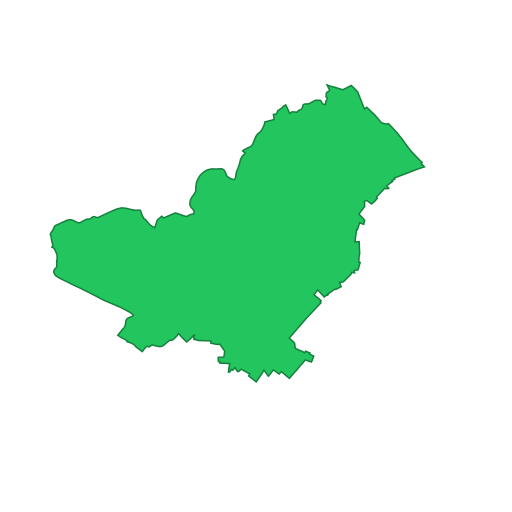 An Thi, Hưng Yên, Vietnam (orthographic projection), rotated 245°
{"feature_id": "81297802B29202402001629", "entity_name": "An Thi", "entity_type": "district", "adm_level": 2, "iso_a3": "VNM", "parent_name": "Vietnam", "parent_adm1": "Hưng Yên", "projection": "orthographic", "projection_center": [106.109, 20.813], "detail": "fine", "context": "isolated", "style": "filled", "palette": "green", "viewbox_px": 512, "rotation_deg": 245, "n_neighbors": 0, "source": "geoboundaries", "source_scale": "gbopen_adm2", "svg_char_len": 6119}
<svg xmlns="http://www.w3.org/2000/svg" viewBox="0 0 512 512"><g transform="rotate(245 256 256)"><path d="M350.2,74.7L349.5,75.4L348.9,75.9L347.8,76.3L342.0,76.3L340.8,76.0L338.0,74.8L335.7,73.3L331.1,71.2L330.3,70.6L329.8,69.9L329.5,69.1L329.2,68.1L328.7,67.2L327.9,66.4L326.9,65.9L325.9,65.7L324.9,65.8L324.0,65.9L322.7,66.2L321.6,66.8L320.2,67.7L318.7,68.8L314.9,71.8L312.5,73.8L307.3,77.9L301.7,82.6L293.2,89.4L285.7,95.2L282.3,97.7L281.0,98.8L279.6,99.9L272.0,106.8L269.8,108.7L266.6,111.6L258.4,117.8L256.9,118.7L254.4,119.8L253.7,118.8L253.6,117.1L253.9,114.4L253.6,112.6L252.8,111.4L252.0,110.6L248.3,108.1L247.0,106.5L246.5,105.7L246.4,105.0L242.6,97.2L238.4,99.8L236.2,101.8L233.0,103.6L232.7,103.0L231.7,104.2L230.6,105.3L229.2,106.6L227.6,107.7L225.6,108.6L224.3,108.8L217.4,112.5L220.1,117.8L220.1,118.9L219.9,119.6L219.1,120.2L218.8,120.6L218.7,121.2L219.2,122.9L219.2,124.4L218.7,125.1L217.7,126.1L216.4,127.8L214.5,130.4L213.9,132.5L214.3,135.5L214.9,137.5L215.6,140.5L216.1,141.7L216.1,142.2L215.7,142.8L215.2,144.4L215.3,145.5L215.5,146.4L216.9,150.3L218.4,153.1L216.7,153.6L213.5,154.5L207.4,156.8L207.7,157.7L208.6,161.2L210.1,165.0L210.4,166.8L209.9,166.8L209.4,165.0L207.2,165.0L206.8,165.5L206.5,164.7L205.9,165.6L203.6,168.3L198.4,178.6L198.0,179.2L197.0,178.7L196.1,178.2L193.4,181.8L192.3,183.5L191.8,184.5L191.6,185.1L191.5,185.9L183.0,187.4L177.9,184.1L178.5,182.6L179.6,180.3L180.1,178.9L178.6,178.2L176.2,177.3L175.4,178.6L174.1,178.0L172.2,181.9L170.9,184.3L169.5,186.7L165.4,183.7L162.4,182.0L162.0,183.1L162.4,184.0L163.7,185.5L162.4,186.5L162.8,188.0L163.7,189.8L159.1,190.4L158.7,191.4L159.0,192.5L159.7,194.8L157.0,196.6L151.8,200.5L150.4,198.6L141.8,203.0L146.0,210.2L149.1,215.0L142.4,216.2L141.8,216.5L144.3,221.5L145.3,223.6L144.5,224.2L140.6,226.2L139.2,227.2L140.5,230.1L131.0,234.5L134.3,241.9L135.5,244.9L137.7,249.3L138.4,251.2L139.5,253.7L141.0,256.7L136.5,261.4L137.4,262.5L140.8,266.0L144.7,263.0L145.3,263.9L148.8,260.7L147.8,259.3L150.0,257.5L155.3,252.9L155.9,252.6L160.1,254.0L161.4,254.0L162.3,253.7L165.6,252.2L167.6,251.5L178.5,275.9L186.1,295.0L186.4,295.2L186.6,295.2L187.4,294.9L188.0,296.1L190.3,295.1L196.4,292.2L199.2,297.6L190.0,300.5L190.9,303.9L190.2,304.1L190.4,304.9L191.1,304.8L192.6,313.3L192.0,314.2L192.2,320.2L194.8,320.4L196.8,320.7L195.8,323.3L195.8,324.2L196.0,325.4L198.0,330.9L198.7,333.1L199.1,334.0L199.7,334.8L200.7,335.9L199.0,338.2L201.3,338.8L200.4,342.8L203.8,345.6L206.1,347.7L206.9,346.6L210.8,348.6L212.2,349.3L214.3,351.0L221.0,353.7L225.4,355.6L226.9,351.7L230.1,353.6L236.7,357.9L237.5,358.4L237.0,359.0L239.5,361.4L242.3,363.9L240.8,365.3L239.2,367.0L242.5,369.6L246.1,368.5L250.2,367.1L250.6,367.5L251.5,368.8L254.9,375.4L257.7,376.6L259.4,377.2L259.8,377.7L259.4,379.9L254.3,382.7L255.5,387.1L257.0,390.3L258.6,390.2L263.0,401.4L262.5,401.8L262.1,402.1L261.9,402.6L261.3,404.0L261.2,404.9L261.6,404.9L262.1,404.8L263.3,404.3L264.3,404.1L264.5,404.3L265.8,411.2L266.8,410.9L267.0,414.3L268.2,414.4L266.9,432.5L266.6,437.4L266.1,442.5L265.6,446.3L269.9,444.8L270.7,446.1L272.7,445.2L285.4,440.9L291.5,439.5L301.4,437.6L303.4,437.0L307.2,436.2L318.0,432.7L320.2,431.9L320.2,430.7L320.2,430.4L320.4,430.0L322.4,427.5L323.8,426.0L332.5,423.6L334.8,422.9L338.3,421.4L341.8,420.1L344.0,419.2L343.4,416.4L361.4,417.5L363.2,417.1L367.6,415.5L370.3,414.4L370.3,413.2L370.1,409.5L370.0,405.6L370.2,404.9L370.8,404.0L376.1,398.2L378.5,395.2L381.0,392.7L375.9,392.8L375.1,392.5L374.7,392.1L374.6,391.8L374.4,389.4L374.0,388.8L373.6,388.4L372.9,387.9L371.3,387.1L370.8,386.7L369.0,387.3L367.9,386.6L367.0,385.0L364.5,383.2L363.9,382.9L364.8,381.6L365.2,381.2L365.6,380.9L366.3,380.6L369.7,380.3L371.4,377.2L371.9,376.0L372.0,375.3L372.0,374.1L371.8,371.0L371.6,368.9L371.7,368.2L371.9,367.4L373.0,364.8L373.2,363.7L373.2,362.9L373.1,362.7L372.7,362.2L371.1,360.9L370.7,360.5L370.2,360.0L369.9,359.4L369.8,358.8L369.9,356.4L369.8,355.7L369.4,354.5L369.2,354.0L369.0,353.7L370.0,352.2L371.2,350.1L371.4,349.5L370.9,346.8L377.1,346.9L380.4,346.8L380.2,344.3L379.9,343.5L379.5,342.8L379.3,342.2L378.8,339.1L378.5,337.3L378.1,336.7L376.0,334.4L377.0,331.6L374.4,330.9L372.1,330.1L372.5,327.6L373.1,324.2L373.8,320.8L372.6,319.9L371.3,318.7L369.1,316.2L367.5,314.0L366.9,312.7L366.5,311.6L366.0,309.4L365.2,307.6L364.2,306.2L360.4,302.0L359.3,300.8L358.4,299.8L357.9,298.7L357.6,298.0L357.5,297.1L357.5,295.2L357.3,290.0L357.2,289.2L356.8,288.3L353.9,289.8L353.4,288.9L352.7,286.8L352.0,285.3L351.0,283.9L350.1,282.8L346.7,280.1L344.1,277.7L341.0,274.4L340.0,273.5L339.1,272.8L335.9,270.6L335.1,270.0L334.7,269.3L334.6,268.7L334.6,268.3L335.7,266.9L337.5,265.2L338.9,264.3L340.4,263.6L341.2,263.4L342.1,263.4L344.4,263.6L346.6,263.5L347.6,263.3L348.3,262.9L349.0,262.3L349.5,261.7L350.4,260.1L351.2,257.8L351.8,256.3L353.1,253.9L353.8,252.1L354.3,249.9L354.6,247.8L354.5,245.9L354.1,243.7L353.4,241.3L352.7,239.6L352.2,238.6L349.8,235.2L347.9,233.3L346.9,232.5L344.6,231.0L342.7,230.0L341.5,229.5L340.6,229.0L339.8,228.2L337.9,225.6L336.5,222.8L335.5,221.5L334.7,220.4L333.7,219.7L332.7,218.9L331.6,218.3L330.4,217.8L329.5,217.7L328.7,217.6L326.7,218.0L325.5,218.3L322.8,219.1L322.4,218.7L321.0,217.6L320.5,217.1L320.9,216.0L321.3,214.1L321.2,210.3L321.3,209.5L322.1,208.5L329.1,201.2L329.2,200.3L329.5,190.0L329.7,188.2L331.9,187.4L330.3,181.8L329.5,180.8L328.4,179.9L324.5,176.2L326.1,174.9L328.8,173.2L330.6,172.6L335.1,171.4L336.4,170.9L337.0,170.4L337.7,170.2L339.2,170.1L341.2,170.1L345.5,170.5L346.5,170.4L347.9,167.2L348.6,165.8L350.9,162.5L354.0,158.6L356.4,154.7L357.4,149.9L357.5,148.1L357.6,145.6L357.6,143.1L357.7,135.6L357.6,130.5L357.7,129.1L358.0,128.2L358.5,127.5L359.4,126.8L360.0,126.1L360.4,125.2L360.4,124.2L360.2,123.1L359.9,122.2L359.8,121.0L360.1,120.1L360.6,119.0L361.0,117.7L360.8,113.1L360.5,110.6L361.2,109.0L363.8,106.6L365.6,105.3L367.1,103.6L367.8,101.8L368.3,99.6L368.3,96.9L368.4,93.7L368.3,91.0L368.4,87.4L368.2,86.3L367.4,85.2L365.4,82.9L363.7,80.0L362.9,78.9L361.8,78.6L360.7,78.6L359.1,78.2L357.6,77.6L352.4,76.6L351.6,76.3L350.8,75.5L350.2,74.7Z" fill="#22c55e" stroke="#15803d" stroke-width="1.5"/></g></svg>